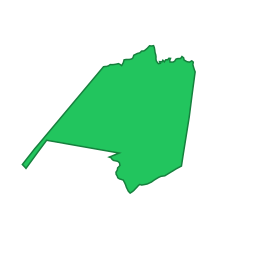 the district of Pio XII, Maranhão, Brazil, rotated 35°
{"feature_id": "56859067B76670913428567", "entity_name": "Pio XII", "entity_type": "district", "adm_level": 2, "iso_a3": "BRA", "parent_name": "Brazil", "parent_adm1": "Maranhão", "projection": "robinson", "projection_center": [-45.091, -3.872], "detail": "fine", "context": "isolated", "style": "filled", "palette": "green", "viewbox_px": 256, "rotation_deg": 35, "n_neighbors": 0, "source": "geoboundaries", "source_scale": "gbopen_adm2", "svg_char_len": 1498}
<svg xmlns="http://www.w3.org/2000/svg" viewBox="0 0 256 256"><g transform="rotate(35 128 128)"><path d="M150.8,43.5L149.3,42.5L147.2,40.9L144.8,38.9L143.7,36.6L141.7,36.4L140.6,38.8L138.1,39.9L134.9,40.1L133.3,38.6L131.2,38.5L131.2,40.9L128.7,42.8L127.8,44.1L127.9,46.5L127.1,48.2L124.6,49.9L123.3,48.5L122.9,46.6L121.5,47.4L121.4,49.2L119.8,50.5L119.8,53.0L117.7,52.5L117.9,54.3L115.8,55.5L117.4,56.5L116.0,57.9L113.9,57.3L112.5,56.7L111.2,55.3L110.1,53.6L108.8,52.2L106.8,50.6L105.1,48.7L103.4,47.0L101.7,45.9L100.3,47.3L98.5,48.3L98.1,51.5L97.4,54.3L96.7,55.9L95.0,57.2L94.6,59.6L92.9,61.6L91.0,65.1L91.8,67.6L91.4,69.3L90.0,70.9L88.5,72.0L87.0,73.1L85.7,74.4L86.7,77.2L87.0,80.5L85.2,80.5L83.3,80.7L81.6,82.6L79.7,84.4L78.4,85.4L77.1,86.2L76.4,88.2L75.1,89.9L73.9,90.8L72.8,91.9L64.0,193.2L63.5,198.3L62.4,218.5L66.0,219.2L67.6,219.6L68.0,198.3L68.4,184.7L101.0,169.5L135.1,153.6L129.3,162.6L131.4,162.1L132.9,162.8L134.6,162.9L136.5,162.1L138.7,161.2L140.8,161.3L142.9,163.3L142.7,165.0L142.4,166.6L143.4,168.7L143.5,171.1L144.9,172.8L146.5,173.4L148.2,174.6L150.2,174.6L151.5,174.1L154.0,173.4L156.9,174.9L158.7,176.0L160.7,177.5L164.6,179.6L167.1,180.1L168.1,177.6L168.6,175.8L168.9,173.6L169.3,171.1L169.5,169.2L170.0,167.5L171.9,166.9L174.2,164.6L175.9,162.8L177.0,160.9L178.2,158.8L179.4,155.4L181.4,150.9L182.7,148.7L184.0,147.5L185.6,146.0L187.8,140.9L191.0,133.6L193.6,128.5L188.4,118.0L171.8,83.8L161.3,63.8L150.8,43.5Z" fill="#22c55e" stroke="#15803d" stroke-width="1.5"/></g></svg>